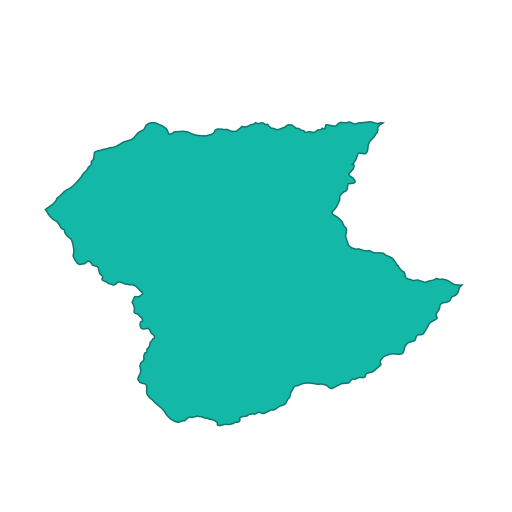 outline of Guaitarilla, Nariño, Colombia, rotated 75°
{"feature_id": "7082276B31690225930459", "entity_name": "Guaitarilla", "entity_type": "district", "adm_level": 2, "iso_a3": "COL", "parent_name": "Colombia", "parent_adm1": "Nariño", "projection": "natural_earth1", "projection_center": [-77.524, 1.156], "detail": "fine", "context": "isolated", "style": "filled", "palette": "teal", "viewbox_px": 512, "rotation_deg": 75, "n_neighbors": 0, "source": "geoboundaries", "source_scale": "gbopen_adm2", "svg_char_len": 6125}
<svg xmlns="http://www.w3.org/2000/svg" viewBox="0 0 512 512"><g transform="rotate(75 256 256)"><path d="M160.3,98.9L159.6,100.4L159.5,104.3L158.7,106.1L157.0,108.6L155.8,111.2L154.9,117.9L154.0,122.5L154.0,123.4L154.5,125.4L153.3,127.8L151.0,130.5L150.6,132.0L150.5,135.2L148.8,139.7L149.3,142.1L150.9,144.8L151.0,146.5L147.2,154.3L151.0,156.7L150.9,157.4L149.7,159.0L150.7,160.5L150.8,161.4L150.2,163.7L151.5,166.7L151.4,169.1L149.7,172.2L149.7,174.9L149.1,176.6L147.2,177.5L146.2,179.8L143.9,181.7L143.0,184.1L139.3,187.0L138.5,188.0L137.9,189.9L137.7,191.5L138.2,193.3L139.3,195.5L139.0,197.0L139.5,198.5L139.6,202.0L139.3,203.2L137.1,206.4L136.2,208.7L134.9,209.1L133.6,210.3L132.2,210.4L131.9,210.6L131.8,211.8L131.0,213.4L129.6,214.3L129.0,215.6L128.6,217.0L128.9,218.3L128.8,219.0L128.3,220.4L127.1,221.9L128.2,224.3L127.7,226.7L128.5,229.1L128.6,232.1L128.4,233.9L127.3,235.5L127.2,236.3L128.4,238.0L129.1,240.0L130.1,241.9L130.4,243.5L130.0,245.0L128.7,248.3L126.8,250.4L126.0,252.0L125.6,254.4L124.5,256.4L123.4,260.5L123.6,262.0L123.9,262.8L125.9,264.6L126.6,265.9L127.0,267.7L127.0,273.0L126.1,276.6L123.6,283.2L119.8,288.5L118.6,289.6L116.6,294.3L115.9,298.2L115.0,301.7L115.0,303.1L116.0,305.5L116.2,307.0L116.0,308.0L115.0,308.6L110.9,309.3L109.6,309.8L105.4,313.4L103.9,315.8L102.9,316.6L101.4,318.7L100.3,321.9L100.1,324.3L100.5,326.2L101.2,328.2L104.9,331.6L106.1,337.1L107.3,339.4L110.2,343.3L111.4,346.6L111.6,354.5L113.6,361.5L114.1,364.5L114.1,366.4L113.6,369.0L113.8,373.1L113.5,375.2L113.7,379.3L113.4,381.1L113.8,384.4L114.1,385.1L115.0,385.6L120.4,387.8L122.1,390.5L122.9,390.9L124.2,391.0L125.5,391.9L126.9,395.0L129.3,397.1L131.5,401.2L134.6,404.6L138.4,410.2L141.0,414.6L142.7,419.1L143.2,421.8L144.2,424.7L146.8,428.9L148.6,433.1L151.4,435.5L153.5,439.1L156.5,447.4L163.8,445.1L168.4,442.3L171.0,439.6L171.8,439.0L175.8,437.7L178.5,437.0L179.5,436.3L180.8,434.6L181.5,434.4L183.4,434.7L186.8,433.7L188.0,433.1L192.0,430.2L192.9,430.0L197.3,429.8L203.0,430.4L205.2,431.0L208.3,432.5L209.1,432.6L212.6,432.0L216.8,430.5L218.7,428.4L218.7,425.7L219.1,424.4L219.0,423.1L217.6,420.2L217.8,418.7L219.2,417.4L222.3,416.4L222.8,415.9L225.0,412.2L226.5,411.3L228.8,411.6L232.7,411.5L236.0,409.4L237.0,409.7L238.4,410.8L239.6,410.6L240.0,410.2L242.6,407.0L244.8,405.1L245.6,403.3L247.1,401.5L247.1,399.4L245.7,396.5L245.5,395.1L247.3,391.9L248.6,390.6L249.5,388.9L249.9,387.2L250.7,386.5L251.1,385.5L251.6,383.3L252.2,382.1L254.0,380.0L255.2,379.1L260.8,376.2L262.0,375.1L263.4,375.6L264.7,378.5L265.0,380.8L264.2,382.1L263.9,383.5L264.3,384.1L265.5,385.1L268.9,387.7L271.1,387.0L274.8,386.9L278.6,388.3L280.1,387.5L282.0,384.6L283.9,384.1L286.6,382.2L289.0,382.3L289.5,383.0L289.9,384.7L290.7,385.2L293.4,386.0L295.1,385.9L295.9,385.7L296.5,385.2L297.3,383.9L298.1,378.9L299.8,377.7L301.8,377.6L303.6,377.0L306.5,375.0L308.0,374.9L309.0,375.5L309.5,377.3L311.4,379.1L312.1,380.6L315.5,382.2L317.0,383.9L317.8,385.5L320.4,386.2L320.7,386.6L320.9,388.4L321.9,389.3L324.0,390.4L326.5,390.9L328.0,391.9L329.2,394.5L329.8,395.2L332.1,396.6L335.9,396.8L338.3,397.5L340.1,398.7L342.2,400.7L344.5,402.1L346.4,401.3L347.9,401.0L349.3,399.2L350.7,396.5L351.5,395.7L352.4,395.3L355.7,395.7L358.4,396.8L360.0,397.0L362.1,396.9L365.6,395.3L367.9,393.5L372.0,391.3L378.7,386.5L382.4,384.7L385.2,383.9L388.7,382.3L391.5,380.5L393.7,378.4L395.3,376.5L396.6,374.2L396.2,369.9L396.7,367.4L394.9,364.1L394.5,362.4L394.5,361.4L395.4,359.6L395.5,353.9L396.4,352.5L397.2,350.0L399.0,347.9L400.6,344.4L401.6,343.2L402.6,341.0L404.5,338.1L405.2,337.8L406.7,336.4L409.1,337.0L409.9,336.4L410.5,334.4L410.5,330.4L410.8,328.4L411.7,326.1L411.9,324.7L411.9,321.3L411.2,319.3L411.8,316.6L411.6,315.0L410.4,314.0L408.5,313.8L407.9,312.9L407.7,311.7L407.7,309.7L408.2,306.4L407.2,303.6L407.2,302.9L407.6,301.2L407.6,299.5L408.6,298.5L407.6,294.0L408.0,293.0L409.9,290.4L410.1,288.2L408.5,281.0L409.3,279.2L409.3,278.5L408.8,276.4L407.2,272.1L407.0,267.5L406.2,265.7L405.4,264.8L402.6,262.4L401.4,260.2L396.5,257.4L395.6,256.2L392.6,253.5L391.8,252.0L392.0,249.1L391.4,244.7L391.4,242.1L392.4,237.5L394.2,233.0L396.0,229.5L396.6,225.8L398.1,223.0L399.4,221.2L402.7,218.8L403.7,216.9L401.4,206.6L402.5,200.4L402.5,199.0L400.3,196.0L399.9,194.0L400.5,192.6L400.6,191.9L400.0,187.7L401.2,184.1L401.2,182.5L400.6,181.6L399.2,181.0L398.3,179.8L398.0,179.0L398.2,174.4L397.9,172.6L393.6,163.7L392.7,163.4L390.5,163.5L389.4,163.1L386.2,158.8L385.4,152.3L386.0,148.8L387.6,144.4L388.1,142.3L388.2,140.8L387.8,139.4L386.7,138.3L381.8,135.4L379.6,132.5L379.0,130.8L379.1,126.8L378.7,124.4L377.3,123.2L375.9,122.6L374.2,120.5L374.1,119.4L374.8,117.3L374.5,114.5L369.8,109.5L367.4,107.4L365.5,105.2L363.4,97.6L362.4,96.9L359.8,97.5L358.6,97.1L355.2,93.1L353.9,92.2L351.1,90.9L350.1,89.6L349.6,87.7L350.0,84.1L349.8,81.6L348.8,79.7L347.0,78.4L346.2,77.3L345.6,73.4L343.9,70.7L340.7,68.5L339.2,67.8L337.3,64.6L336.9,66.8L335.0,71.5L334.1,72.7L329.9,76.6L328.5,78.3L326.5,81.9L326.3,84.5L324.4,87.5L325.2,90.8L324.9,96.6L325.4,99.2L325.1,99.9L321.1,105.8L320.8,106.9L320.5,110.8L318.5,113.0L317.6,115.1L315.8,116.9L309.9,117.0L308.0,118.9L306.1,120.0L302.9,121.2L302.2,121.2L301.7,121.8L298.1,122.9L293.7,124.7L291.5,126.8L288.9,130.5L286.5,132.0L285.6,133.7L283.6,140.8L281.9,143.2L280.0,145.1L280.1,146.4L279.3,149.4L275.7,155.0L275.3,157.7L273.0,161.3L269.9,163.8L262.6,164.3L259.9,164.3L254.6,161.8L252.0,161.8L250.0,163.2L245.2,164.0L242.3,165.4L239.7,167.2L235.7,171.0L234.6,171.4L233.0,171.1L231.8,168.9L229.9,166.1L225.6,162.2L223.5,160.7L220.2,159.7L219.2,159.0L217.4,155.9L216.8,154.2L216.6,152.6L215.7,151.2L214.8,150.4L210.1,148.6L210.9,143.3L210.7,142.0L210.2,141.2L209.3,140.9L207.6,141.3L205.4,142.4L202.5,145.1L200.7,145.1L199.6,143.6L199.0,142.2L198.2,141.7L197.9,140.5L197.4,139.9L195.5,138.5L194.0,137.8L192.6,138.1L192.2,139.2L191.3,137.5L188.6,134.5L183.5,130.9L183.2,130.2L183.3,129.7L185.4,124.8L185.4,123.5L184.8,122.4L183.0,120.9L177.6,118.7L175.6,117.2L174.2,115.5L171.1,110.5L169.3,108.8L168.2,107.1L165.7,105.6L163.7,105.3L162.6,104.3L161.3,102.3L160.3,98.9Z" fill="#14b8a6" stroke="#0f766e" stroke-width="1.5"/></g></svg>